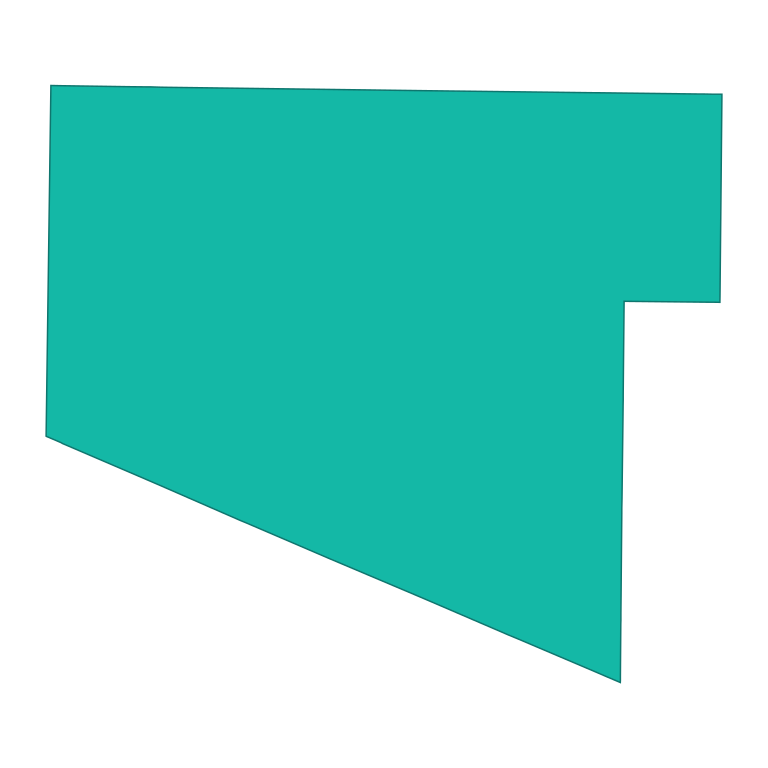 outline of Maipú, Chaco, Argentina
{"feature_id": "61730980B32461814462498", "entity_name": "Maipú", "entity_type": "district", "adm_level": 2, "iso_a3": "ARG", "parent_name": "Argentina", "parent_adm1": "Chaco", "projection": "natural_earth1", "projection_center": [-60.353, -26.376], "detail": "fine", "context": "isolated", "style": "filled", "palette": "teal", "viewbox_px": 768, "rotation_deg": 0, "n_neighbors": 0, "source": "geoboundaries", "source_scale": "gbopen_adm2", "svg_char_len": 795}
<svg xmlns="http://www.w3.org/2000/svg" viewBox="0 0 768 768"><path d="M719.9,302.3L719.9,302.0L720.0,296.2L721.9,97.9L721.9,94.2L715.1,94.2L712.2,94.2L702.6,94.0L698.0,94.0L425.5,90.7L166.2,87.3L160.4,87.2L151.0,86.9L147.0,86.9L128.5,86.7L60.4,85.7L50.9,85.5L46.6,399.7L46.1,436.2L46.4,436.4L61.4,442.8L62.2,443.4L151.0,481.5L156.1,483.7L240.4,520.5L244.8,522.3L329.6,558.7L419.2,596.6L428.1,600.4L508.5,635.0L517.7,638.8L598.1,673.0L598.3,673.1L607.1,676.9L620.3,682.5L620.4,680.2L620.4,676.2L620.8,623.7L620.9,620.5L620.9,615.8L620.9,613.1L621.0,602.8L621.8,513.1L621.8,509.2L621.8,508.1L622.0,498.8L623.0,415.2L623.1,405.1L623.2,400.0L623.2,394.8L624.0,311.3L624.1,301.3L633.5,301.4L710.3,302.2L713.4,302.2L719.7,302.3L719.9,302.3Z" fill="#14b8a6" stroke="#0f766e" stroke-width="1.5"/></svg>